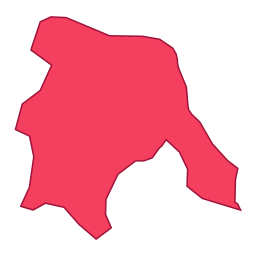 SVG path tracing the border of Camenca
{"feature_id": "MDA-1652", "entity_name": "Camenca", "entity_type": "District", "adm_level": 1, "iso_a3": "MDA", "parent_name": "Moldova", "parent_adm1": "", "projection": "mercator", "projection_center": [28.71, 47.999], "detail": "fine", "context": "isolated", "style": "filled", "palette": "rose", "viewbox_px": 256, "rotation_deg": 0, "n_neighbors": 0, "source": "natural_earth", "source_scale": "10m", "svg_char_len": 790}
<svg xmlns="http://www.w3.org/2000/svg" viewBox="0 0 256 256"><path d="M50.9,16.9L66.1,17.6L109.6,35.8L142.5,36.3L159.7,39.3L172.9,48.3L176.1,53.9L177.3,59.1L177.6,63.9L178.8,68.7L186.4,87.1L187.9,105.6L188.7,109.9L191.9,114.5L199.7,121.9L202.7,127.1L212.4,143.9L227.7,160.7L237.8,168.4L235.4,180.1L234.9,202.0L237.8,204.2L240.6,210.1L202.2,198.4L192.7,190.8L187.0,186.2L187.6,169.2L179.4,152.0L166.3,139.8L166.1,139.7L166.0,139.9L161.9,145.8L159.2,148.2L152.3,157.8L144.1,160.8L135.6,160.9L118.0,174.2L106.0,199.2L105.5,214.4L111.3,227.8L96.1,239.1L78.9,224.3L64.0,207.3L45.6,203.2L33.1,210.0L20.7,206.3L29.4,187.3L33.8,156.7L29.5,136.1L15.4,129.5L22.3,104.0L40.2,90.5L51.7,65.2L31.5,50.4L31.1,50.3L31.7,47.5L40.3,21.8L50.9,16.9Z" fill="#f43f5e" stroke="#9f1239" stroke-width="1.5"/></svg>